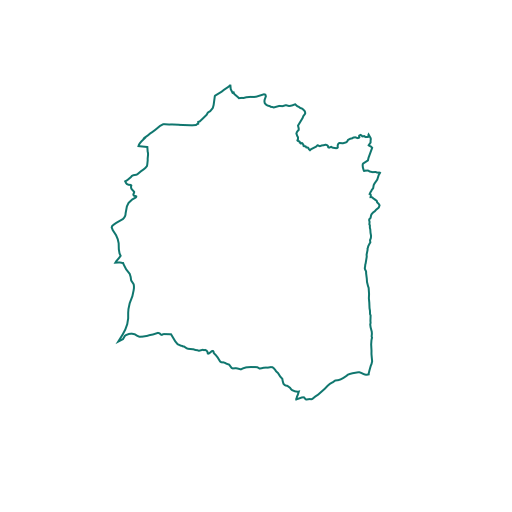 outline of Siachoque, Boyacá, Colombia, rotated 55°
{"feature_id": "7082276B99091285549459", "entity_name": "Siachoque", "entity_type": "district", "adm_level": 2, "iso_a3": "COL", "parent_name": "Colombia", "parent_adm1": "Boyacá", "projection": "equal_earth", "projection_center": [-73.22, 5.497], "detail": "fine", "context": "isolated", "style": "outline", "palette": "teal", "viewbox_px": 512, "rotation_deg": 55, "n_neighbors": 0, "source": "geoboundaries", "source_scale": "gbopen_adm2", "svg_char_len": 6120}
<svg xmlns="http://www.w3.org/2000/svg" viewBox="0 0 512 512"><g transform="rotate(55 256 256)"><path d="M101.0,178.8L101.4,179.4L101.6,181.6L101.5,187.1L101.7,189.9L101.2,197.6L101.4,198.0L108.0,204.1L109.9,206.4L110.2,207.2L111.1,210.5L110.9,212.5L111.0,213.4L112.0,215.4L112.9,220.9L113.5,225.0L113.0,226.4L114.5,227.5L114.2,228.2L114.3,230.0L112.3,233.4L104.6,243.6L104.4,243.7L99.8,249.7L98.6,251.6L95.2,255.8L94.8,256.6L94.4,260.0L94.9,266.3L95.0,270.2L94.9,272.2L95.2,275.4L95.2,279.8L95.3,280.1L95.7,279.8L96.4,284.2L97.1,286.7L97.8,288.2L98.6,289.2L104.4,282.5L108.4,284.9L109.7,285.4L111.2,286.4L114.1,288.9L115.6,289.9L118.9,292.8L119.8,293.8L120.4,296.1L120.6,298.4L120.6,301.6L121.0,306.3L120.8,307.4L119.5,310.1L119.2,311.8L119.6,313.1L120.0,317.4L120.0,318.8L119.8,320.3L121.6,320.6L123.0,320.5L124.5,319.6L125.9,317.9L126.7,317.7L127.6,318.7L129.0,319.4L130.0,319.5L133.5,319.0L134.3,319.6L134.5,320.2L135.3,321.2L135.9,321.4L136.4,321.4L136.9,321.2L138.0,320.1L138.5,319.9L138.8,320.1L139.0,320.5L139.1,321.1L138.7,325.0L139.4,329.9L141.3,333.3L146.1,338.2L147.4,339.3L148.3,340.5L149.0,342.1L149.4,343.8L148.7,351.5L148.7,354.5L148.9,356.6L149.8,357.8L152.6,358.5L158.7,358.7L162.9,359.6L166.8,361.2L171.8,364.5L175.6,366.3L178.2,366.8L179.0,369.1L180.1,373.4L180.8,375.0L182.9,371.6L183.9,370.5L185.2,369.4L185.5,368.9L187.2,369.3L192.4,370.0L198.2,369.7L201.3,370.7L204.0,372.1L204.7,372.3L208.6,372.4L209.4,372.6L210.7,373.3L212.3,374.4L214.1,376.1L218.0,380.3L222.2,386.5L226.3,390.9L229.1,393.2L233.8,396.5L238.0,400.6L241.3,405.3L243.8,410.2L247.1,417.9L247.8,412.6L246.2,409.2L246.2,407.9L247.0,404.7L248.3,402.4L250.6,400.2L253.2,399.1L255.3,397.8L256.9,395.3L259.0,391.0L259.8,388.5L261.2,385.4L262.7,380.5L263.4,379.8L264.5,379.2L265.6,379.1L266.6,378.4L266.8,376.9L267.5,375.7L271.4,370.5L279.6,371.1L283.3,370.8L286.5,368.9L287.4,368.0L288.2,367.7L288.8,366.9L291.9,365.7L293.1,364.8L296.7,360.6L297.4,360.2L298.8,359.0L299.4,358.2L300.9,357.1L302.3,353.4L303.3,352.6L303.8,351.5L305.1,350.8L306.5,350.7L308.2,351.4L308.8,350.8L308.8,348.6L308.6,347.1L308.7,346.3L309.2,345.7L310.1,345.7L311.0,346.2L312.4,346.1L313.9,345.8L317.2,345.6L321.8,345.9L322.9,345.5L323.7,344.8L324.3,343.8L326.1,342.5L327.1,342.1L329.6,340.3L333.7,340.2L334.8,339.5L336.3,336.9L337.4,335.8L340.2,333.4L340.6,331.0L341.6,327.9L342.2,326.9L344.0,323.9L346.4,320.5L347.9,318.7L350.3,317.6L351.2,315.7L351.8,314.1L353.0,312.0L354.2,310.4L355.5,307.6L356.6,306.3L358.3,305.8L360.6,305.6L361.9,305.7L364.6,305.1L368.6,305.3L371.7,304.9L373.6,305.8L376.4,306.8L378.2,306.5L379.5,305.7L380.3,304.8L383.5,303.7L385.1,303.7L386.5,303.4L389.2,301.7L391.3,299.5L391.6,298.7L394.0,301.8L394.6,303.0L395.3,303.7L396.3,305.2L396.6,305.3L396.8,304.3L397.1,303.5L398.2,299.5L398.8,298.5L399.3,297.8L401.9,297.5L402.5,297.0L403.9,294.2L405.1,292.8L405.4,291.8L405.1,288.0L405.2,284.6L404.2,275.8L403.4,271.8L403.1,268.8L403.3,266.5L403.5,265.4L403.4,262.8L403.6,262.2L404.9,259.8L405.6,257.5L405.9,255.3L406.0,254.4L406.1,250.5L405.9,249.0L406.4,246.9L407.4,244.2L409.8,239.1L410.5,238.0L412.4,236.7L414.4,235.6L415.9,234.5L416.8,233.4L417.6,231.6L417.0,231.2L414.8,228.7L411.7,224.9L410.7,223.3L408.9,221.3L402.6,217.7L399.8,215.7L394.5,212.4L391.4,209.9L389.9,208.4L389.6,207.9L388.2,207.4L386.2,205.7L384.4,204.6L380.1,203.0L377.6,201.7L376.5,200.5L374.8,199.5L370.4,196.2L369.0,195.9L366.3,194.1L363.8,192.9L359.1,189.9L355.4,187.8L352.0,185.2L346.7,182.0L344.9,181.5L341.0,180.0L338.2,178.3L332.9,175.5L332.4,175.0L331.4,174.6L329.7,174.4L328.4,173.9L327.0,172.5L325.6,171.3L325.0,170.5L320.1,165.7L318.3,164.6L314.9,161.0L314.0,160.5L313.4,159.6L312.4,158.5L310.9,155.7L310.5,154.6L308.4,153.5L307.4,151.9L306.5,151.0L305.3,150.1L302.7,148.9L299.7,147.1L298.3,146.6L296.1,145.1L295.1,145.0L293.2,143.4L291.8,142.9L290.9,142.2L290.6,140.6L290.4,140.2L288.6,138.3L288.0,137.2L287.5,135.0L287.5,133.0L287.0,131.1L286.8,128.0L286.5,127.3L285.3,125.7L283.8,125.6L281.5,126.0L280.3,125.5L279.4,125.6L278.7,126.1L278.0,126.1L276.1,126.9L274.8,127.1L274.1,127.6L273.5,128.4L272.5,127.4L271.6,126.9L271.0,126.9L270.4,127.3L269.5,125.8L268.8,124.1L268.3,123.3L267.7,121.2L265.6,119.1L265.1,118.4L264.5,117.1L263.0,112.9L260.1,109.1L259.0,106.7L258.7,106.8L257.2,108.9L255.8,109.8L254.2,112.4L252.0,114.4L250.6,115.0L250.0,115.6L248.8,117.4L248.7,118.0L248.3,118.7L247.5,118.6L244.6,117.6L242.7,116.5L241.9,115.7L241.7,115.1L241.9,109.5L240.1,107.5L234.0,98.8L232.4,99.0L230.4,100.1L229.9,100.2L228.8,97.1L226.9,95.7L226.1,94.9L225.2,94.5L221.1,94.1L221.4,94.6L222.4,94.7L222.7,95.0L222.8,95.5L222.7,96.0L221.5,97.9L221.0,98.3L220.0,98.4L219.7,98.8L219.4,99.8L219.0,100.3L217.9,100.4L216.8,100.9L216.6,102.2L216.7,102.6L216.9,102.8L218.0,103.2L218.2,104.0L217.6,105.3L215.9,106.4L215.2,107.5L214.8,108.4L214.8,109.7L214.0,111.5L213.7,114.0L214.5,115.7L214.6,116.8L214.4,117.6L213.5,120.2L211.3,122.8L211.2,123.4L211.4,124.4L211.7,124.9L212.3,125.7L214.0,126.8L214.1,127.6L213.7,128.5L211.6,130.7L210.9,131.3L209.7,131.8L209.2,133.9L208.6,134.4L208.0,134.4L207.6,134.1L207.0,134.0L206.1,134.2L204.8,135.1L203.9,137.4L203.2,138.6L202.8,140.3L202.4,141.0L200.7,141.9L200.6,142.2L200.9,144.0L200.1,149.7L200.3,151.1L198.8,151.4L197.5,151.2L196.8,151.4L196.0,152.5L194.6,152.5L193.6,153.7L193.0,153.9L192.2,153.4L190.1,153.4L189.7,153.9L189.7,154.5L189.5,154.8L188.7,154.6L188.2,155.1L187.4,154.7L186.9,154.8L185.9,155.6L185.1,155.8L184.8,155.5L184.5,154.7L182.8,153.5L181.5,153.4L178.9,152.7L178.0,151.5L177.6,150.5L177.2,148.7L175.9,147.8L173.3,146.8L169.7,138.7L168.5,136.9L167.8,134.6L167.3,133.8L166.1,133.2L165.0,133.0L162.7,133.4L161.3,133.9L160.3,134.8L158.4,135.4L156.9,136.3L154.2,136.9L153.4,140.0L152.5,142.2L152.0,143.0L149.7,144.9L149.4,145.5L148.5,148.3L146.4,150.9L144.5,156.3L143.6,156.9L142.2,158.4L141.0,158.8L140.0,159.8L138.3,160.8L136.0,161.2L134.5,160.6L133.1,159.5L130.8,156.3L129.2,155.8L128.1,156.7L125.7,164.3L124.6,166.4L122.4,169.4L120.4,172.9L119.4,175.6L118.2,177.2L116.9,179.5L115.9,179.6L110.8,180.9L109.1,180.5L108.9,181.6L104.8,181.0L101.0,178.8Z" fill="none" stroke="#0f766e" stroke-width="2"/></g></svg>